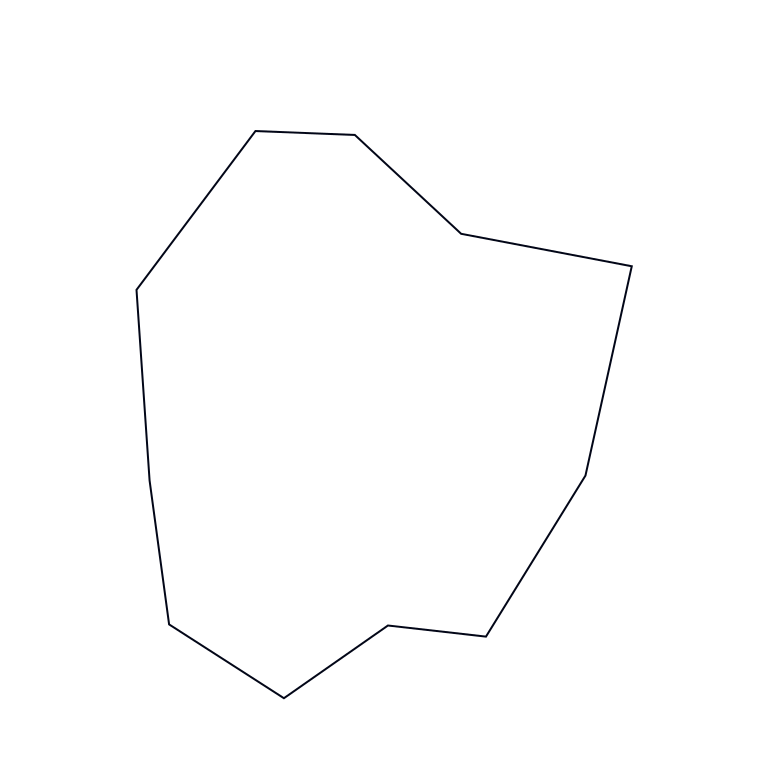 SVG path tracing the border of Tatabánya, rotated 255°
{"feature_id": "HUN-4906", "entity_name": "Tatabánya", "entity_type": "Urban county", "adm_level": 1, "iso_a3": "HUN", "parent_name": "Hungary", "parent_adm1": "", "projection": "natural_earth1", "projection_center": [18.448, 47.563], "detail": "fine", "context": "isolated", "style": "outline", "palette": "ink", "viewbox_px": 768, "rotation_deg": 255, "n_neighbors": 0, "source": "natural_earth", "source_scale": "10m", "svg_char_len": 310}
<svg xmlns="http://www.w3.org/2000/svg" viewBox="0 0 768 768"><g transform="rotate(255 384 384)"><path d="M632.1,420.3L509.1,497.4L433.6,653.8L243.4,554.9L113.6,417.1L149.7,325.3L106.4,206.0L207.4,114.2L351.5,132.6L539.0,169.3L661.6,325.3L632.1,420.3Z" fill="none" stroke="#020617" stroke-width="2"/></g></svg>